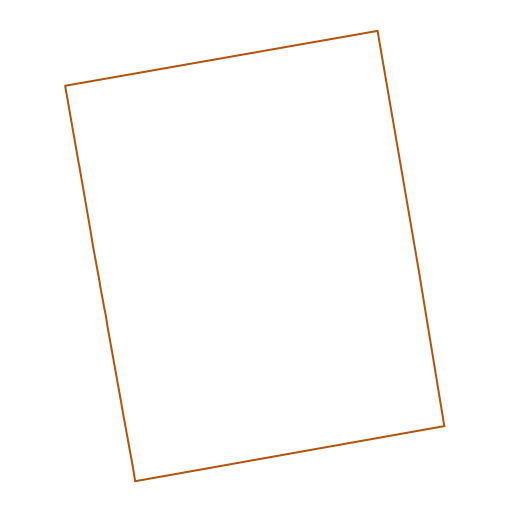 outline of Deuel, South Dakota, United States of America, rotated 170°
{"feature_id": "52423323B13403863294049", "entity_name": "Deuel", "entity_type": "district", "adm_level": 2, "iso_a3": "USA", "parent_name": "United States of America", "parent_adm1": "South Dakota", "projection": "natural_earth1", "projection_center": [-96.521, 44.761], "detail": "fine", "context": "isolated", "style": "outline", "palette": "amber", "viewbox_px": 512, "rotation_deg": 170, "n_neighbors": 0, "source": "geoboundaries", "source_scale": "gbopen_adm2", "svg_char_len": 435}
<svg xmlns="http://www.w3.org/2000/svg" viewBox="0 0 512 512"><g transform="rotate(170 256 256)"><path d="M98.2,215.3L97.2,456.6L414.3,456.8L414.4,456.4L414.5,376.1L414.4,375.7L414.6,309.1L414.8,295.0L414.5,256.0L414.7,254.8L414.5,241.5L414.4,228.3L414.3,226.6L414.3,221.6L414.5,214.4L414.2,136.1L414.3,120.8L414.2,117.0L413.9,68.9L414.1,55.3L414.1,55.2L100.1,55.8L98.2,215.3Z" fill="none" stroke="#b45309" stroke-width="2"/></g></svg>